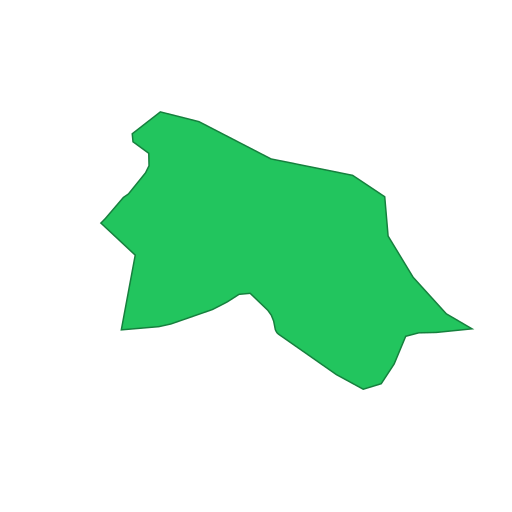 Genève, Albers equal-area conic projection, rotated 241°
{"feature_id": "CHE-159", "entity_name": "Genève", "entity_type": "Canton", "adm_level": 1, "iso_a3": "CHE", "parent_name": "Switzerland", "parent_adm1": "", "projection": "albers", "projection_center": [6.105, 46.231], "detail": "fine", "context": "isolated", "style": "filled", "palette": "green", "viewbox_px": 512, "rotation_deg": 241, "n_neighbors": 0, "source": "natural_earth", "source_scale": "10m", "svg_char_len": 671}
<svg xmlns="http://www.w3.org/2000/svg" viewBox="0 0 512 512"><g transform="rotate(241 256 256)"><path d="M196.8,240.7L202.9,240.0L226.2,232.8L230.7,222.6L229.8,208.5L230.3,192.0L237.8,148.7L241.3,136.8L256.7,102.4L267.0,110.9L315.3,150.8L360.0,136.3L361.8,142.4L371.5,168.4L372.1,174.5L382.3,199.7L386.8,206.2L397.8,212.0L415.5,203.8L422.9,207.0L428.4,242.2L401.2,271.2L333.6,316.2L279.7,379.6L245.4,397.3L209.4,381.2L161.2,383.1L113.2,394.4L87.6,409.6L101.8,376.5L109.9,361.1L113.2,348.0L94.6,324.5L83.6,303.6L87.5,285.2L113.3,268.8L176.7,237.8L178.5,237.2L180.2,237.1L182.2,237.2L190.5,239.9L196.8,240.7Z" fill="#22c55e" stroke="#15803d" stroke-width="1.5"/></g></svg>